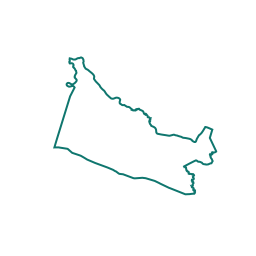 the district of Beruri, Amazonas, Brazil, rotated 63°
{"feature_id": "56859067B395012046701", "entity_name": "Beruri", "entity_type": "district", "adm_level": 2, "iso_a3": "BRA", "parent_name": "Brazil", "parent_adm1": "Amazonas", "projection": "mercator", "projection_center": [-61.816, -4.541], "detail": "fine", "context": "isolated", "style": "outline", "palette": "teal", "viewbox_px": 256, "rotation_deg": 63, "n_neighbors": 0, "source": "geoboundaries", "source_scale": "gbopen_adm2", "svg_char_len": 5742}
<svg xmlns="http://www.w3.org/2000/svg" viewBox="0 0 256 256"><g transform="rotate(63 128 128)"><path d="M162.2,58.7L162.7,59.3L162.9,59.8L163.6,60.9L164.6,62.5L165.8,64.7L166.5,66.8L166.7,68.1L168.5,70.9L169.2,71.9L169.6,72.3L170.6,73.3L170.8,73.7L171.0,74.1L171.0,74.4L170.8,74.8L170.6,75.2L170.2,75.5L169.2,76.2L168.6,76.5L167.4,76.7L166.1,77.6L165.4,78.3L163.4,80.8L162.5,82.1L161.8,83.2L161.2,83.8L160.2,84.4L157.8,87.0L157.3,87.3L156.0,89.0L155.0,89.9L154.6,90.7L154.2,92.6L153.8,94.4L153.2,95.4L151.7,97.4L149.7,100.2L148.9,101.3L146.7,104.1L146.1,104.6L145.7,104.7L145.0,104.8L144.6,104.7L142.3,103.8L141.6,103.7L140.9,103.7L140.2,103.8L139.4,104.2L138.7,104.6L136.6,106.3L135.9,106.2L135.3,106.3L135.0,106.4L134.5,106.5L133.3,106.4L133.1,106.4L132.9,106.2L132.6,106.1L132.2,106.2L131.9,106.1L132.0,105.7L132.0,105.4L131.7,105.4L131.5,105.6L131.2,105.5L130.9,105.1L130.8,104.3L130.4,104.2L130.1,104.3L129.9,104.4L129.7,104.1L129.7,103.8L129.5,103.5L129.3,103.8L129.1,104.1L128.3,104.2L128.1,104.3L127.5,105.4L127.2,105.5L126.9,105.4L126.3,105.1L125.9,105.0L125.4,105.1L124.6,105.5L124.5,106.1L124.3,106.2L124.1,106.0L124.0,105.7L123.8,105.5L123.5,105.6L123.2,105.9L123.2,106.2L123.5,106.5L123.4,106.8L123.1,107.0L122.9,107.1L122.3,107.2L121.6,107.1L121.0,107.0L120.2,107.0L119.5,107.2L117.8,108.5L117.4,108.9L117.2,109.1L116.8,109.3L116.4,109.3L115.9,109.4L115.6,110.0L115.7,110.3L115.6,110.5L115.7,110.9L115.5,111.0L115.4,111.2L115.4,111.4L115.5,111.8L115.1,111.7L115.0,112.1L115.0,112.4L115.5,113.1L115.2,113.2L115.2,113.5L115.4,114.0L115.3,114.3L115.1,114.6L114.7,115.0L114.7,115.4L114.5,115.6L114.2,115.8L113.5,116.5L113.3,116.3L113.2,116.0L112.9,116.1L111.9,116.6L110.5,117.1L109.8,117.6L109.5,117.9L109.0,118.7L108.6,119.3L105.8,120.9L105.5,121.8L105.2,122.4L104.9,122.7L104.7,122.9L104.4,123.1L103.8,123.3L103.0,123.9L102.2,124.1L101.6,123.9L100.8,123.5L99.9,122.6L99.2,122.1L98.5,122.1L97.8,122.3L97.0,122.8L96.6,123.2L96.2,123.7L95.7,124.5L95.5,125.2L95.3,127.4L95.1,128.1L94.7,128.8L94.3,129.3L93.7,129.8L92.5,130.2L91.9,130.5L90.4,131.0L89.7,131.3L88.2,131.8L85.9,132.1L85.2,132.1L84.6,132.2L83.7,132.4L82.9,132.8L81.0,133.5L80.2,133.7L78.8,134.0L78.1,134.0L77.3,134.0L76.6,134.1L71.8,135.6L70.3,135.8L69.3,136.0L68.5,135.9L67.0,134.8L66.4,134.6L65.7,134.6L64.9,134.6L63.2,135.1L61.1,136.0L59.6,136.7L58.9,136.9L58.1,137.3L57.5,137.6L57.1,138.0L55.9,138.8L53.1,139.1L52.6,138.8L52.2,138.8L49.5,138.3L48.7,137.4L46.8,136.7L45.0,136.8L43.8,137.8L43.6,139.8L43.2,140.4L43.1,140.8L43.0,141.6L43.1,143.7L42.4,145.2L42.1,145.7L40.7,146.8L39.5,148.3L40.2,148.8L40.7,149.1L41.9,149.4L42.2,149.7L42.4,150.3L42.7,150.4L43.2,150.5L43.8,150.6L44.0,150.6L44.3,150.1L44.3,149.8L44.4,149.4L44.6,149.2L44.8,148.7L45.0,148.4L45.3,148.2L45.7,147.9L46.4,147.8L47.2,147.9L47.5,148.1L47.6,148.4L48.1,148.8L48.6,149.1L48.9,149.2L49.2,149.1L49.4,148.8L49.7,148.8L50.0,148.7L50.2,148.8L50.5,148.7L51.2,148.5L52.9,148.6L53.4,148.3L53.9,148.5L55.2,148.8L55.6,149.0L55.8,149.5L56.4,150.3L56.6,150.5L56.7,150.9L57.4,151.7L57.6,151.9L57.8,151.9L58.0,152.2L58.6,152.3L58.7,152.5L58.9,152.6L59.2,152.5L61.5,151.9L62.1,152.0L62.7,152.5L63.1,153.1L63.8,155.0L64.0,156.5L64.0,157.2L63.9,157.8L63.5,158.4L62.9,158.9L61.7,159.6L61.2,160.0L60.7,160.7L60.5,161.3L60.6,162.0L60.9,162.6L61.5,163.0L62.2,163.1L62.9,162.9L63.5,162.5L64.1,162.1L64.6,161.4L64.8,160.8L65.3,158.4L65.7,157.8L66.2,157.5L66.9,157.3L67.7,157.2L73.5,165.2L105.7,196.5L111.9,202.4L113.6,198.9L118.9,191.6L119.3,191.2L124.8,189.0L130.3,183.6L131.4,182.6L134.5,180.6L137.6,178.7L144.3,173.1L153.9,164.2L158.5,160.3L160.5,159.1L161.3,158.4L164.4,156.9L165.0,156.4L167.0,153.4L175.1,146.0L175.9,144.9L178.9,137.8L180.8,135.0L187.3,128.2L191.1,125.3L192.0,124.7L200.1,118.5L200.8,117.8L213.1,107.0L214.9,103.1L215.7,100.8L216.5,99.0L216.3,98.9L216.1,98.6L216.2,98.4L215.9,98.2L215.7,98.0L216.0,97.8L215.8,97.6L215.6,97.4L215.1,97.6L214.8,97.7L214.6,97.6L214.8,97.3L214.8,97.1L214.0,96.6L213.7,96.8L213.6,97.5L213.1,98.0L212.8,98.0L212.5,97.8L212.3,97.4L212.1,97.3L211.7,96.9L211.3,96.9L210.7,97.3L210.2,97.5L209.9,97.6L209.8,97.9L209.5,97.9L209.2,97.7L208.9,97.7L209.1,97.5L209.1,97.2L208.9,96.5L208.7,96.3L208.5,96.2L207.9,96.1L207.6,96.1L207.5,95.9L207.1,95.0L206.9,94.7L206.7,94.6L205.8,94.4L205.3,95.1L204.9,94.9L204.5,94.8L204.2,94.9L204.0,95.1L203.7,95.0L203.4,94.7L203.1,94.5L203.2,94.3L203.5,94.1L203.7,93.4L203.5,92.8L203.2,92.6L202.9,92.3L202.6,92.2L202.4,92.3L201.8,92.4L201.5,92.3L201.4,92.5L201.1,92.4L201.1,92.2L200.9,91.9L200.7,91.6L200.4,91.6L200.3,91.1L200.1,91.1L200.1,90.8L199.9,90.8L199.6,90.6L198.7,90.9L198.5,91.3L198.3,91.5L198.2,91.8L198.2,92.2L197.7,92.5L197.3,93.0L197.0,93.9L196.7,94.1L196.5,94.5L196.3,94.7L196.0,94.6L195.4,94.1L195.0,93.9L194.6,94.0L194.4,94.4L194.2,94.5L193.9,94.4L193.7,94.5L193.4,94.6L193.3,95.0L193.0,95.1L192.2,95.1L192.1,94.9L191.6,95.0L190.9,94.7L190.6,94.7L190.1,94.5L189.7,94.5L189.5,94.3L188.6,94.6L188.4,94.7L187.9,95.3L188.0,95.5L187.7,95.5L187.6,89.8L187.6,84.1L187.7,82.2L188.1,81.7L188.6,81.4L189.3,81.1L189.8,80.8L190.2,80.3L190.5,79.7L190.9,79.2L192.0,78.3L192.5,77.9L193.2,77.8L193.8,77.6L194.3,77.2L194.8,76.7L195.5,75.5L196.0,75.1L196.5,73.9L196.8,73.3L196.8,72.6L196.9,72.0L196.9,71.3L197.0,70.4L197.3,69.7L195.9,67.6L195.2,67.5L194.5,67.6L193.9,67.4L193.2,67.6L192.1,67.7L191.7,67.7L191.4,67.5L190.8,67.5L190.6,67.3L190.4,67.0L190.1,67.0L189.7,67.2L189.3,67.2L189.0,67.2L188.6,66.7L189.1,66.3L189.0,66.0L189.0,65.6L189.3,65.5L189.6,65.3L189.6,65.1L189.4,64.9L189.4,64.5L189.3,64.3L188.9,64.1L187.9,64.2L187.9,63.9L188.1,63.4L188.6,63.0L188.9,62.5L189.0,62.1L189.1,61.7L189.1,61.0L189.0,60.1L188.7,60.0L174.0,59.6L167.7,53.6L164.4,56.3L163.2,57.4L162.3,58.5L162.2,58.7Z" fill="none" stroke="#0f766e" stroke-width="2"/></g></svg>